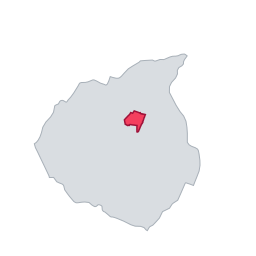 location of Nkayi, Matabeleland North, Zimbabwe, rotated 111°
{"feature_id": "62879985B68584159333685", "entity_name": "Nkayi", "entity_type": "district", "adm_level": 2, "iso_a3": "ZWE", "parent_name": "Zimbabwe", "parent_adm1": "Matabeleland North", "projection": "orthographic", "projection_center": [28.451, -18.923], "detail": "fine", "context": "in_parent", "style": "filled", "palette": "rose", "viewbox_px": 256, "rotation_deg": 111, "n_neighbors": 0, "source": "geoboundaries", "source_scale": "gbopen_adm2", "svg_char_len": 4305}
<svg xmlns="http://www.w3.org/2000/svg" viewBox="0 0 256 256"><g transform="rotate(111 128 128)"><path d="M176.3,209.8L174.3,208.4L171.5,207.5L168.0,207.0L163.5,207.1L157.8,207.8L151.8,206.8L145.4,204.2L140.0,203.2L133.6,204.3L133.4,204.3L132.3,203.5L130.5,201.6L127.6,201.2L126.8,200.8L126.2,200.1L125.7,199.2L125.6,198.2L126.1,195.1L125.8,194.7L125.0,194.3L123.4,194.0L119.6,192.5L114.7,191.2L106.9,189.7L103.8,189.3L103.1,188.9L102.2,187.7L100.7,184.1L99.2,181.8L95.8,178.2L95.3,177.0L95.4,174.2L95.7,171.8L96.0,169.8L95.9,168.0L95.8,165.7L95.9,164.2L95.4,163.5L94.2,163.0L90.7,162.8L86.4,163.0L86.3,160.6L85.8,157.0L85.0,154.9L84.0,153.8L82.1,152.7L78.1,151.2L72.6,148.9L68.0,145.5L62.6,141.2L60.9,140.5L58.9,136.4L55.8,129.5L56.0,127.2L55.5,126.1L52.6,122.7L51.9,120.9L51.3,119.1L46.6,114.2L45.0,112.0L43.8,109.2L42.5,107.0L41.5,106.1L40.1,104.6L39.2,102.9L38.7,101.6L39.1,99.8L39.5,98.6L44.0,99.8L46.4,99.9L48.3,99.2L50.6,100.0L53.4,102.2L56.5,102.6L59.8,101.2L64.2,101.5L69.9,103.7L74.5,104.1L80.0,102.1L84.9,96.5L89.6,91.2L94.1,85.2L96.9,80.3L100.9,76.3L106.3,73.2L111.7,70.7L120.1,67.5L121.8,64.9L122.3,62.1L122.3,58.1L122.8,55.5L123.7,54.4L125.0,53.5L126.9,52.3L132.4,49.3L137.0,47.4L142.7,46.2L148.8,46.2L154.8,46.3L158.2,46.3L158.2,50.1L158.4,54.4L159.1,54.8L163.5,55.0L170.7,55.3L177.6,55.7L182.0,58.9L183.4,59.6L188.0,60.5L193.7,65.8L200.8,66.4L205.5,68.2L209.8,70.0L212.2,72.2L213.7,72.7L215.9,73.0L216.9,73.2L216.6,74.7L215.2,77.3L215.3,81.0L217.1,86.2L217.3,90.7L216.5,98.6L216.3,106.3L216.4,109.0L216.7,110.9L217.1,111.9L217.0,113.0L215.8,116.2L214.7,119.5L214.7,120.9L214.3,121.8L213.6,122.7L210.5,124.2L210.0,125.1L209.9,126.9L210.3,128.4L211.4,128.9L212.8,129.8L213.3,130.9L213.2,132.1L212.8,134.2L211.5,137.7L212.6,141.9L213.8,144.5L215.6,147.7L216.4,149.6L216.3,150.9L216.0,152.3L213.0,157.8L210.9,161.2L208.4,164.9L205.1,167.2L204.2,168.3L203.9,169.6L203.9,172.4L203.7,175.3L200.8,179.7L202.4,183.6L202.0,184.0L201.1,184.5L197.0,188.8L192.9,193.1L189.9,196.3L186.5,199.9L182.7,203.9L179.5,207.4L176.3,209.8Z" fill="#d9dde1" stroke="#a8b0b8" stroke-width="1"/><path d="M125.5,131.9L125.5,131.6L125.6,131.4L125.5,131.2L125.4,131.0L125.5,130.6L125.6,130.4L125.6,130.2L125.7,129.9L125.7,129.7L125.8,129.7L125.8,129.4L125.7,129.4L125.7,129.2L125.5,128.9L125.5,128.7L125.3,128.6L125.2,128.3L125.2,128.2L124.9,128.1L124.9,127.9L125.0,127.8L125.0,127.7L124.9,127.7L124.7,127.6L124.3,127.6L124.2,127.6L124.1,127.4L124.0,127.2L123.8,126.5L123.7,126.1L123.7,125.8L123.7,125.7L123.6,125.3L123.5,125.2L123.5,124.9L123.4,124.5L123.4,124.3L123.3,124.2L123.1,123.4L122.9,122.6L122.8,121.8L122.6,121.1L122.4,120.5L123.3,120.2L123.7,120.1L125.5,119.4L126.1,119.2L126.4,119.1L127.0,118.8L127.3,118.7L128.0,118.4L128.4,118.3L128.4,117.8L127.9,117.3L127.7,117.1L127.3,117.0L125.7,117.0L125.0,116.9L124.2,116.9L123.3,116.9L122.4,116.9L121.5,116.8L119.8,116.8L119.8,116.7L119.6,116.7L119.3,116.6L119.1,116.6L118.9,116.5L118.8,116.4L118.6,116.4L118.3,116.3L118.2,116.3L117.9,116.3L117.7,116.3L117.5,116.5L117.4,116.5L117.2,116.5L117.1,116.4L117.0,116.5L116.9,116.4L116.8,116.5L116.6,116.5L116.4,116.5L116.2,116.6L115.9,116.5L115.7,116.4L115.4,116.4L115.2,116.5L114.9,116.5L114.7,116.5L114.4,116.5L114.2,116.5L113.9,116.6L113.7,116.6L113.4,116.6L113.2,116.6L112.9,116.6L112.7,116.7L112.4,116.6L112.2,116.6L111.9,116.5L111.7,116.5L111.4,116.6L111.2,116.6L110.9,116.6L110.7,116.6L110.4,116.7L110.2,116.7L109.9,116.6L109.7,116.6L109.4,116.6L109.2,116.6L109.2,116.8L109.3,117.0L109.3,117.3L109.4,117.7L109.4,118.1L109.5,118.3L109.5,118.6L109.6,118.8L109.6,119.0L109.8,119.0L109.8,119.3L109.7,119.3L109.6,119.5L109.7,119.8L109.8,119.8L110.0,120.2L110.0,120.3L109.9,120.5L110.0,120.6L110.0,120.8L110.1,121.0L110.0,121.3L109.9,121.4L110.0,121.4L110.0,121.5L109.9,121.9L109.9,122.0L109.7,122.2L109.5,122.3L109.6,122.6L109.7,122.9L109.7,123.9L109.7,124.7L109.8,127.1L109.8,127.4L109.8,127.9L109.8,128.0L109.8,128.3L110.0,128.3L110.3,128.4L110.5,128.4L110.7,128.5L110.8,128.5L111.0,128.6L111.3,128.6L111.5,128.7L111.8,128.8L112.0,128.8L112.6,129.0L112.6,130.3L112.6,131.0L114.0,131.2L114.5,131.3L115.7,131.8L116.7,132.3L117.4,132.6L118.7,133.1L119.8,133.6L120.9,134.0L121.7,134.3L123.3,133.3L123.5,133.2L123.9,132.9L124.5,132.5L125.5,131.9L125.5,131.9Z" fill="#f43f5e" stroke="#9f1239" stroke-width="1.5"/></g></svg>